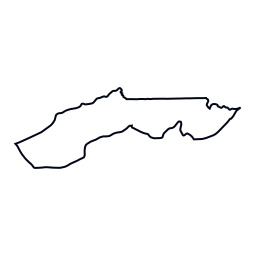 Nam Can, Cà Mau, Vietnam (Mercator projection)
{"feature_id": "81297802B77939005638096", "entity_name": "Nam Can", "entity_type": "district", "adm_level": 2, "iso_a3": "VNM", "parent_name": "Vietnam", "parent_adm1": "Cà Mau", "projection": "mercator", "projection_center": [105.085, 8.782], "detail": "fine", "context": "isolated", "style": "outline", "palette": "ink", "viewbox_px": 256, "rotation_deg": 0, "n_neighbors": 0, "source": "geoboundaries", "source_scale": "gbopen_adm2", "svg_char_len": 4473}
<svg xmlns="http://www.w3.org/2000/svg" viewBox="0 0 256 256"><path d="M104.3,96.4L104.2,96.4L103.7,96.4L102.6,96.8L100.8,97.5L100.2,97.8L98.3,98.2L97.2,98.5L96.8,98.7L96.4,99.1L96.0,99.5L95.6,100.0L94.6,101.3L93.8,102.2L93.1,102.8L92.5,103.2L91.9,103.4L90.5,103.7L88.2,104.1L86.2,104.3L85.3,104.4L84.8,104.3L84.3,104.1L83.3,103.7L82.7,103.7L82.2,103.8L81.7,104.0L81.4,104.4L80.9,105.3L80.4,106.0L79.8,106.6L79.0,107.1L77.8,107.6L76.9,107.9L75.3,108.3L73.0,108.7L71.5,108.9L70.1,109.2L68.2,109.8L66.6,110.3L65.4,110.9L64.3,111.5L62.6,112.6L61.8,112.9L60.8,113.1L59.6,113.2L58.4,113.4L57.3,113.9L56.7,114.4L56.5,114.6L56.2,114.9L55.9,115.4L55.8,115.9L55.5,116.9L55.2,118.3L55.0,119.0L54.6,120.3L54.0,121.2L53.3,122.4L52.4,123.6L51.2,124.9L50.3,125.7L49.6,126.2L41.3,132.2L30.5,137.3L19.7,142.2L15.4,143.8L17.2,145.8L20.2,151.4L20.7,152.2L21.3,153.3L22.6,155.1L24.1,157.0L24.9,158.0L26.2,159.5L29.4,162.6L30.7,163.7L31.2,164.2L31.7,164.7L32.4,165.5L33.1,166.5L33.7,167.4L34.1,167.7L34.5,167.8L35.8,167.9L38.6,167.8L41.4,167.6L43.0,167.5L44.8,167.2L47.1,167.2L49.6,167.4L52.1,167.6L54.5,167.7L57.5,167.8L59.7,167.8L61.4,167.6L63.4,167.1L64.8,166.8L66.2,166.2L67.3,165.7L68.4,165.1L69.7,164.2L71.7,163.2L77.7,160.5L79.4,159.5L82.6,158.0L83.6,157.5L84.1,157.0L84.4,156.2L84.7,155.3L84.7,154.6L84.7,153.7L84.6,150.6L84.9,148.0L85.1,147.0L85.5,145.9L85.9,145.0L86.0,145.0L86.4,144.5L86.8,144.1L88.0,143.3L89.5,142.4L90.5,141.7L93.3,140.6L95.2,139.9L96.5,139.3L98.0,138.4L99.3,137.7L100.4,137.2L101.9,136.8L103.2,136.4L105.0,136.4L107.6,136.3L109.2,136.0L110.2,135.6L111.1,135.1L113.0,133.9L114.1,133.4L114.8,133.2L116.4,132.7L118.0,132.4L119.8,132.2L121.0,131.9L122.0,131.6L122.7,131.3L124.1,130.2L125.4,129.4L126.3,128.8L128.2,126.9L129.0,126.2L129.6,125.8L130.0,125.7L131.1,125.9L131.5,125.8L131.8,125.7L131.7,126.6L131.9,127.2L132.4,127.7L133.9,128.3L136.1,129.5L141.5,132.2L144.1,133.2L147.5,134.0L148.3,134.5L149.0,135.5L150.3,136.9L151.4,137.5L153.1,138.0L154.9,138.3L157.6,138.1L159.9,138.1L161.5,137.8L162.4,137.3L162.9,136.0L163.4,134.3L164.2,133.0L166.9,130.4L168.5,128.9L169.5,128.4L172.0,128.0L173.6,127.3L174.7,126.3L177.4,122.9L178.2,122.0L178.8,121.5L179.8,121.5L180.8,121.8L181.2,123.2L181.3,124.6L180.4,128.5L180.3,130.0L180.8,131.3L182.9,135.1L183.7,135.5L184.5,135.2L185.8,134.1L186.6,133.6L187.2,133.5L187.9,133.7L189.9,134.8L191.8,136.4L194.0,139.4L196.9,139.2L200.1,139.1L202.7,138.9L206.1,138.0L213.3,135.3L215.1,134.3L216.5,133.3L218.4,131.6L227.2,122.5L228.7,120.6L229.5,119.6L230.1,118.9L230.5,118.8L231.2,118.6L231.5,118.3L232.2,117.4L233.3,116.1L233.8,115.2L235.6,112.1L236.5,110.7L237.5,109.8L240.6,107.5L240.1,107.7L238.5,108.4L236.6,108.9L235.7,109.0L234.7,109.0L233.9,108.9L232.4,108.7L231.9,108.8L231.5,108.9L230.8,109.3L230.4,109.5L230.1,109.7L229.8,109.7L229.5,109.6L229.2,109.4L228.8,109.0L228.2,108.2L227.9,107.9L227.6,107.7L226.9,107.6L225.8,107.4L225.3,107.2L224.9,106.8L224.6,106.5L224.2,106.2L223.7,106.1L223.4,106.2L222.5,107.1L221.7,107.6L221.2,107.8L220.8,107.7L220.4,107.5L219.0,106.8L218.3,106.5L217.9,106.2L217.7,105.9L217.7,105.4L217.4,105.0L216.9,104.6L216.1,104.3L215.3,104.1L213.9,104.0L213.2,104.1L212.5,104.3L211.7,104.8L211.2,105.4L210.7,106.1L210.2,107.3L209.7,108.6L209.0,108.0L208.5,107.7L207.9,106.9L207.3,106.0L206.9,105.3L206.9,105.1L206.8,104.9L206.8,104.6L206.9,104.0L207.7,102.4L208.1,101.5L208.2,101.1L208.2,100.6L208.2,100.3L208.1,100.1L208.0,99.8L207.8,99.5L207.5,99.3L206.9,98.9L206.5,98.6L206.3,98.4L206.1,98.0L203.6,98.1L199.0,98.1L193.9,98.2L191.4,98.3L186.6,98.3L180.9,98.5L178.3,98.5L175.7,98.6L171.2,98.7L166.8,98.8L165.9,98.8L165.6,98.7L154.8,98.8L153.3,98.8L152.3,98.9L151.4,99.0L150.5,99.1L149.3,99.0L148.0,98.9L146.8,98.9L146.6,99.0L146.0,99.1L145.7,99.1L144.9,99.1L142.5,99.0L140.1,99.0L138.7,99.1L137.0,99.2L135.7,99.2L134.5,99.2L132.5,99.1L130.4,99.1L128.2,99.1L127.6,99.1L127.2,99.1L126.9,99.2L126.5,99.1L126.1,98.8L125.7,98.3L125.3,97.9L124.3,97.5L123.6,97.1L123.4,96.9L123.3,96.5L123.3,95.7L123.1,95.4L122.9,95.2L122.2,95.1L121.8,94.7L121.8,94.2L122.2,93.7L122.2,93.4L122.2,93.2L121.4,92.9L120.8,92.6L120.7,92.0L120.7,91.7L121.0,91.5L121.6,91.1L121.8,90.7L121.7,90.0L121.3,89.3L120.4,88.5L120.0,88.1L119.5,88.1L118.8,88.4L118.5,88.6L118.0,89.1L117.0,90.1L116.1,90.6L115.4,90.8L114.2,90.9L113.4,90.9L113.0,91.0L112.5,91.3L112.0,91.6L110.9,92.6L109.3,94.0L108.5,94.9L107.9,95.9L107.1,96.5L106.6,96.8L106.3,96.9L105.8,96.9L104.8,96.5L104.3,96.4Z" fill="none" stroke="#020617" stroke-width="2"/></svg>